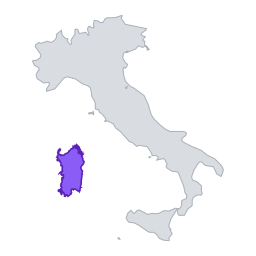 location of Sardegna, Nuoro, Italy
{"feature_id": "23120603B31191283857260", "entity_name": "Sardegna", "entity_type": "district", "adm_level": 2, "iso_a3": "ITA", "parent_name": "Italy", "parent_adm1": "Nuoro", "projection": "mercator", "projection_center": [9.015, 40.086], "detail": "fine", "context": "in_parent", "style": "filled", "palette": "violet", "viewbox_px": 256, "rotation_deg": 0, "n_neighbors": 0, "source": "geoboundaries", "source_scale": "gbopen_adm2", "svg_char_len": 8785}
<svg xmlns="http://www.w3.org/2000/svg" viewBox="0 0 256 256"><path d="M39.0,42.4L40.7,43.4L47.3,41.2L51.3,42.5L54.6,40.3L56.8,36.9L56.3,34.4L61.5,30.3L62.1,35.0L65.1,38.1L67.9,38.9L67.2,40.7L70.1,44.6L71.2,44.2L71.6,43.5L70.9,40.3L74.9,34.0L75.0,29.6L75.7,29.1L77.7,29.4L79.3,33.5L85.9,32.3L88.2,35.4L89.2,34.8L87.5,29.4L88.3,26.7L90.0,26.2L91.3,27.5L93.8,27.9L93.9,26.3L93.3,25.2L94.2,20.5L98.0,20.9L100.2,22.6L102.9,22.5L105.1,18.8L106.9,17.9L115.4,17.6L121.8,15.4L122.3,15.9L121.2,17.7L121.5,18.8L125.3,24.3L146.4,28.6L146.1,29.9L141.5,33.3L141.2,34.6L141.9,35.7L145.3,36.6L142.9,39.7L143.0,41.0L144.8,41.1L144.5,45.0L146.7,46.2L149.2,49.5L146.7,50.2L147.7,49.3L145.2,45.9L142.6,47.4L138.4,45.9L135.6,49.0L126.0,52.9L127.7,51.1L127.0,51.1L123.5,53.4L122.7,58.1L125.4,62.7L127.5,64.3L126.5,67.1L125.2,68.2L123.5,67.4L123.0,69.9L124.0,76.5L125.4,81.1L130.2,86.3L133.6,87.9L144.2,95.7L148.1,104.3L151.4,115.1L154.1,119.1L159.9,124.8L165.1,129.0L170.0,131.5L182.8,131.4L186.0,132.4L186.4,134.1L185.8,135.3L182.0,138.3L181.8,140.6L183.6,142.3L192.2,146.6L201.1,150.3L207.1,155.0L214.8,158.9L220.8,164.9L222.9,168.1L223.3,170.5L221.8,174.7L221.0,176.5L216.8,174.0L213.3,166.8L205.8,165.6L203.6,164.3L202.3,162.1L199.9,161.9L198.3,163.1L194.1,169.8L191.9,175.7L191.7,178.0L193.0,180.3L196.6,181.5L201.3,185.7L201.4,190.7L202.2,193.6L201.0,195.2L198.7,194.8L195.5,195.8L193.3,197.7L192.3,199.4L192.1,205.7L187.9,209.0L184.3,215.3L178.9,215.3L177.7,213.4L177.6,210.5L178.5,208.7L180.5,207.9L181.8,204.2L181.4,201.5L182.2,200.3L186.5,198.5L186.7,194.8L185.1,193.1L183.7,186.2L178.4,172.9L176.7,171.6L172.0,171.3L166.5,167.7L166.1,166.2L167.1,164.8L166.4,162.8L164.7,159.4L163.5,158.6L156.7,160.1L158.6,157.3L156.2,155.6L151.9,155.6L152.0,154.3L148.9,148.8L146.9,146.5L139.1,145.4L136.6,146.4L132.7,142.8L129.2,141.5L120.3,131.4L115.9,128.3L113.2,123.9L107.7,120.9L105.2,121.6L104.6,121.1L105.9,120.2L105.7,118.5L102.0,114.0L99.8,112.6L98.3,109.7L95.2,109.0L95.3,103.8L94.1,100.1L92.0,97.0L90.8,89.4L89.9,87.3L87.7,85.7L82.6,83.9L75.5,79.0L67.1,76.7L63.6,78.4L54.8,88.9L46.6,91.3L46.4,89.2L49.5,84.3L48.9,82.4L43.8,83.0L37.1,78.6L36.1,74.7L38.0,70.9L39.2,70.0L38.5,67.5L34.5,65.4L32.8,62.0L32.7,60.9L33.7,60.3L36.1,60.5L39.9,58.1L41.0,54.9L35.3,46.6L35.5,44.9L39.0,42.4ZM126.8,88.3L127.1,86.4L125.4,87.6L125.9,88.5L126.8,88.3ZM177.5,208.6L171.1,218.5L168.9,225.1L169.2,227.6L171.0,229.4L170.1,230.2L172.0,233.3L172.0,234.1L169.1,237.6L169.1,240.6L163.7,240.2L159.3,238.4L157.1,234.9L155.4,233.4L153.5,232.3L149.7,232.3L148.0,231.6L137.9,224.7L133.9,222.8L129.3,222.4L127.5,220.8L126.1,217.8L127.9,213.0L130.9,210.4L133.6,213.4L135.9,212.4L136.0,211.4L137.7,210.2L139.8,210.2L147.8,214.5L152.0,213.3L155.8,213.8L159.3,213.2L163.9,210.7L169.2,211.0L175.3,208.2L177.5,208.6ZM81.0,154.1L83.8,162.2L81.2,167.1L82.2,172.4L79.9,190.1L78.6,190.7L71.7,188.6L71.2,192.7L70.3,194.3L68.9,195.4L65.2,195.1L61.5,189.3L61.2,183.6L61.9,181.9L62.0,178.6L63.4,178.3L63.5,176.1L62.7,174.9L61.3,174.5L61.3,171.9L62.3,170.0L62.3,166.6L60.4,162.2L57.8,159.0L58.3,153.4L60.6,154.8L63.9,154.8L67.9,152.6L74.5,146.1L75.4,147.3L78.1,148.4L80.7,151.2L79.7,153.0L81.0,154.1ZM93.2,111.4L93.8,112.8L93.6,114.6L92.3,113.5L89.0,114.0L88.7,113.0L92.7,112.2L93.2,111.4ZM62.4,192.2L61.5,194.2L60.5,191.5L60.6,191.2L62.4,192.2ZM60.3,149.4L58.8,151.7L58.0,151.6L59.9,149.0L60.3,149.4ZM119.9,239.3L118.1,238.8L118.0,237.8L119.4,238.0L119.9,239.3ZM150.6,157.1L149.1,157.8L149.1,156.6L150.6,157.1Z" fill="#d9dde1" stroke="#a8b0b8" stroke-width="1"/><path d="M60.6,192.9L61.4,194.5L61.9,194.2L62.0,193.0L62.4,192.5L62.2,192.5L62.2,192.4L63.1,192.3L63.8,192.6L64.0,193.1L63.8,193.5L63.9,194.0L64.2,194.5L64.5,194.3L64.8,194.8L64.5,195.8L65.1,195.7L65.0,196.3L65.3,196.3L65.2,195.8L65.5,195.7L65.4,195.4L66.3,195.1L66.4,194.8L67.3,195.4L67.2,195.5L67.6,196.0L67.7,195.6L68.1,196.1L68.5,196.1L70.8,194.0L70.8,193.9L71.2,193.9L71.2,193.6L71.2,193.1L71.6,192.4L71.1,191.8L71.0,191.0L71.3,190.1L71.5,190.3L71.3,190.1L71.8,189.6L72.0,189.4L72.1,189.5L72.3,189.6L72.0,189.4L72.3,189.2L72.4,189.5L72.3,189.1L72.9,189.4L72.7,189.4L72.6,189.5L72.9,189.4L73.4,189.8L73.5,189.6L73.4,189.5L73.5,189.3L74.2,188.9L75.6,189.1L77.9,191.0L78.9,190.8L78.9,191.3L79.2,191.6L79.2,191.1L79.5,190.8L79.8,190.8L79.9,190.5L80.1,189.9L79.9,189.5L80.0,188.5L80.5,187.5L81.0,187.4L80.5,187.0L80.4,186.4L81.2,184.0L81.2,183.4L81.0,183.1L81.4,181.7L81.2,180.0L81.4,179.7L81.4,179.1L81.7,178.8L81.6,177.4L82.0,175.8L81.8,175.4L81.8,174.8L82.3,174.2L81.9,173.8L81.9,173.1L82.6,171.1L81.3,169.7L80.9,168.7L80.8,167.4L81.0,166.9L81.8,165.6L83.1,164.5L83.2,163.7L83.6,163.4L84.1,161.6L83.6,161.3L83.5,160.7L82.9,160.1L82.7,159.3L82.9,158.5L82.3,157.8L82.2,157.1L82.4,156.9L81.6,156.2L81.6,155.7L81.9,155.6L81.8,155.3L81.8,155.1L82.2,155.2L82.5,154.9L82.1,155.0L81.8,154.5L81.5,154.7L81.3,154.5L81.3,154.1L81.1,154.3L80.7,153.9L81.2,153.3L80.8,153.2L80.3,153.7L79.8,153.3L78.9,153.4L79.0,153.2L79.3,153.2L79.0,153.2L78.9,153.1L80.1,153.1L79.9,152.8L80.4,152.2L80.2,151.9L80.6,151.5L81.3,151.9L81.5,151.7L80.4,151.1L80.2,151.3L80.1,151.5L79.7,151.5L79.8,150.8L79.3,150.9L79.3,151.3L78.9,151.4L79.3,150.9L79.2,150.4L79.5,150.3L79.3,150.1L79.4,149.8L79.5,149.7L79.5,149.8L80.0,149.5L79.8,149.0L79.5,149.1L79.6,148.7L79.3,148.7L79.5,148.6L79.3,148.2L79.0,148.4L79.2,148.6L78.3,148.5L78.4,148.9L77.9,149.4L78.0,148.7L77.7,148.5L77.7,148.2L77.3,148.2L77.6,147.8L76.8,147.7L76.7,147.1L76.3,147.2L76.1,147.4L76.3,147.4L76.2,147.6L76.0,147.2L75.9,147.5L75.5,147.5L75.7,147.3L75.4,146.9L75.3,147.5L75.1,147.3L75.3,146.7L74.6,146.3L74.6,146.0L74.1,146.3L73.9,146.6L73.9,146.3L73.4,146.5L73.1,146.3L73.1,146.6L73.5,146.7L73.3,147.4L73.6,147.9L73.3,148.3L72.7,148.3L72.6,148.7L72.2,148.8L71.6,148.6L71.0,148.9L69.7,150.7L68.9,151.0L69.0,151.2L68.7,151.3L68.8,151.7L67.5,153.2L66.0,153.4L64.9,154.1L64.4,154.8L63.2,155.3L62.1,155.4L61.4,155.0L61.1,155.0L61.2,154.8L61.0,155.0L60.8,155.0L60.8,154.8L60.7,155.1L60.5,154.8L60.3,155.0L60.4,154.8L60.9,154.7L60.4,154.8L60.3,155.0L59.8,154.9L58.5,153.5L58.3,152.9L58.5,152.9L58.6,152.6L58.0,152.2L57.6,152.9L58.3,154.0L57.8,155.6L57.3,156.0L57.4,156.5L57.3,156.9L56.8,157.3L57.4,157.6L57.5,158.1L58.0,158.3L57.7,159.3L57.1,159.6L57.2,160.5L57.4,160.9L57.4,160.2L57.9,159.7L58.3,160.1L58.0,160.2L58.0,160.7L58.7,160.7L58.8,160.4L59.5,160.2L59.8,160.7L59.7,160.8L59.8,160.9L59.6,160.8L60.2,162.2L60.7,162.4L61.2,164.1L60.8,165.1L60.9,165.6L61.7,165.7L61.8,166.0L62.2,166.1L62.3,166.7L62.5,166.7L62.2,167.9L62.3,168.5L62.1,169.0L62.7,170.9L62.0,171.7L61.4,171.9L61.2,171.6L60.8,172.0L61.2,172.0L61.4,172.4L61.0,173.2L61.2,173.9L61.1,174.6L61.7,175.2L61.7,175.7L62.2,174.7L62.6,174.6L62.6,174.8L62.9,174.7L63.3,174.9L63.5,175.1L63.5,175.5L63.9,175.5L63.6,175.6L63.5,177.0L63.3,177.5L62.9,177.9L63.1,178.0L62.8,178.7L62.6,178.7L62.1,177.6L61.9,177.8L61.9,178.7L62.1,178.8L61.8,179.4L62.1,179.7L61.9,180.4L62.3,181.1L62.0,182.2L60.8,184.1L61.3,184.4L61.4,184.7L60.7,185.8L61.0,186.0L60.9,186.2L61.1,186.6L61.5,186.7L61.8,187.5L61.5,188.0L60.6,188.8L60.7,189.1L61.2,189.5L61.4,190.4L61.3,190.0L61.8,190.3L61.8,191.3L62.2,191.1L62.5,191.8L62.2,192.4L62.1,191.8L61.6,191.3L61.0,191.5L60.7,191.2L60.4,191.9L60.6,192.9ZM59.9,149.0L59.7,149.3L59.1,149.4L59.3,150.0L59.0,150.0L58.8,150.5L58.3,150.7L58.2,151.0L58.5,151.1L58.2,151.4L58.1,151.8L58.9,151.9L59.0,151.5L58.7,151.3L58.7,151.0L59.2,150.2L60.1,150.5L60.2,150.1L60.1,149.9L60.4,149.7L60.0,149.4L60.0,149.2L59.9,149.0ZM59.7,189.7L59.0,189.8L58.3,190.2L58.3,190.6L58.8,190.9L58.7,191.0L58.9,191.1L58.7,191.3L59.2,191.6L59.7,191.5L59.8,190.6L59.7,190.6L59.8,190.5L59.7,190.2L59.7,189.7ZM77.6,145.8L77.5,146.2L77.4,146.2L77.2,146.0L77.3,146.3L76.9,146.6L76.9,147.1L77.9,147.0L77.8,146.7L78.0,146.6L77.9,146.6L77.8,146.8L77.7,146.8L77.9,146.4L77.6,146.1L77.8,146.0L77.6,145.8ZM78.4,146.3L78.2,146.4L78.2,146.8L78.0,147.2L78.2,147.3L77.9,147.2L77.9,147.5L78.1,147.5L78.4,148.0L78.6,147.6L78.3,147.5L78.7,146.9L78.4,146.3ZM82.7,153.5L82.7,153.1L82.5,153.3L81.6,153.9L82.7,153.5ZM76.3,146.2L76.2,146.5L76.4,146.7L76.6,146.4L76.3,146.2ZM82.8,154.3L82.3,154.2L82.2,154.4L82.6,154.6L82.8,154.3ZM77.5,147.1L77.2,147.4L77.2,147.5L77.6,147.6L77.5,147.1ZM76.9,145.0L76.6,145.2L76.7,145.4L77.0,145.2L76.9,145.0ZM76.6,145.5L76.2,145.5L76.5,145.7L76.6,145.5ZM76.3,145.0L76.2,145.1L76.4,145.2L76.2,145.3L76.6,145.3L76.3,145.0ZM58.2,151.9L58.2,152.2L58.4,152.2L58.2,151.9ZM59.8,172.9L59.6,172.9L59.5,173.1L59.8,172.9ZM80.6,149.8L80.5,150.0L80.4,150.0L80.6,150.1L80.6,149.8ZM80.1,150.2L80.0,150.3L80.1,150.2ZM79.4,191.7L79.3,191.8L79.4,191.7ZM76.9,145.0L76.8,144.9L76.8,145.0L76.9,145.0ZM80.6,190.7L80.5,190.8L80.6,190.7ZM79.3,148.0L79.2,148.1L79.3,148.1L79.3,148.0ZM60.0,189.6L59.8,189.6L60.0,189.6L60.0,189.6ZM81.3,153.9L81.2,154.0L81.4,154.0L81.3,153.9Z" fill="#8b5cf6" stroke="#5b21b6" stroke-width="1.5"/></svg>